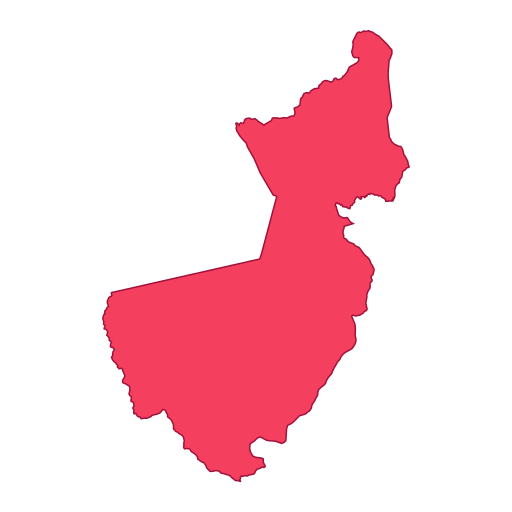 Pontes e Lacerda, Mato Grosso, Brazil (Mercator projection)
{"feature_id": "56859067B31933102266725", "entity_name": "Pontes e Lacerda", "entity_type": "district", "adm_level": 2, "iso_a3": "BRA", "parent_name": "Brazil", "parent_adm1": "Mato Grosso", "projection": "mercator", "projection_center": [-59.418, -15.43], "detail": "fine", "context": "isolated", "style": "filled", "palette": "rose", "viewbox_px": 512, "rotation_deg": 0, "n_neighbors": 0, "source": "geoboundaries", "source_scale": "gbopen_adm2", "svg_char_len": 6065}
<svg xmlns="http://www.w3.org/2000/svg" viewBox="0 0 512 512"><path d="M272.8,117.9L272.1,118.5L271.9,119.6L271.2,120.7L265.1,124.2L264.0,125.3L261.8,123.5L260.2,122.8L259.2,121.8L258.3,121.7L257.6,120.6L254.9,118.6L253.3,119.1L251.6,119.2L249.4,118.1L246.8,118.4L245.6,119.0L244.6,120.0L243.9,122.7L243.1,123.3L240.7,122.8L239.3,124.0L239.2,125.1L237.1,123.0L236.2,123.1L235.8,123.8L236.3,124.7L236.6,126.2L236.1,128.4L237.0,131.3L239.7,135.7L243.2,140.0L245.9,142.7L246.6,144.1L247.4,146.8L254.2,158.8L260.4,173.2L273.0,194.7L273.7,195.3L275.6,195.7L276.7,196.6L261.6,253.4L259.7,259.0L111.4,292.6L111.4,293.7L111.8,295.3L111.1,296.4L109.7,296.9L108.7,297.8L107.3,301.3L107.5,303.6L108.6,306.3L106.9,307.7L105.9,310.0L104.9,310.8L104.7,314.0L104.0,314.5L103.4,315.8L102.8,318.3L103.8,322.1L103.5,324.2L105.2,326.0L104.8,327.2L104.1,328.1L104.3,329.0L105.6,329.1L106.5,329.7L107.4,331.3L107.6,332.4L106.8,335.2L108.7,337.2L109.4,339.2L109.2,340.3L111.5,341.9L111.0,342.9L110.3,346.3L111.1,347.2L112.8,347.5L114.3,349.3L113.9,350.5L113.1,351.5L112.6,353.9L112.8,355.1L112.4,356.1L111.7,356.7L111.5,357.8L112.2,358.3L112.3,359.6L114.3,361.9L115.9,362.9L116.2,364.1L117.8,365.5L117.4,367.0L118.2,367.8L119.0,368.7L120.5,368.6L121.6,368.2L122.6,368.9L122.5,370.2L124.7,375.2L124.7,376.3L123.9,378.4L123.0,379.4L122.6,380.6L122.6,382.0L123.1,382.9L126.2,384.1L127.9,385.4L129.0,385.6L129.7,387.6L129.9,389.7L129.0,394.0L130.0,395.7L131.4,396.8L130.9,400.8L131.3,401.6L132.2,401.6L133.6,402.8L133.9,406.3L133.2,407.0L132.9,408.1L134.0,410.5L133.6,412.8L134.2,413.9L135.3,413.4L136.1,413.9L137.4,416.1L138.3,416.8L140.2,416.9L141.0,418.7L144.6,418.2L146.7,418.3L151.0,416.6L151.6,415.7L152.4,415.3L154.6,414.6L155.7,414.6L159.4,413.2L160.3,412.7L162.9,409.4L165.0,410.1L165.8,410.9L166.1,412.3L167.5,414.5L167.6,416.8L171.1,419.6L173.4,424.5L173.6,427.2L173.4,428.4L173.8,429.3L174.6,429.8L175.6,431.4L177.6,432.2L179.0,433.5L182.3,435.5L183.2,436.6L184.3,440.5L183.8,443.1L183.9,445.9L183.6,446.8L184.0,448.2L184.9,448.9L186.6,448.5L189.2,448.8L190.1,449.5L190.8,451.0L191.7,451.9L195.3,454.2L196.8,455.9L197.4,457.0L197.8,459.2L201.4,461.7L203.8,462.7L205.8,465.3L206.9,468.1L210.1,471.4L212.7,471.3L215.8,470.6L219.2,471.1L220.5,472.7L221.8,473.4L223.8,473.6L226.9,474.7L228.2,474.8L230.4,476.1L232.5,478.4L233.6,478.8L235.1,480.4L236.3,480.7L237.4,480.4L239.4,481.2L240.4,481.3L239.8,479.4L240.5,478.7L240.3,477.7L241.3,476.0L242.5,476.3L245.1,475.7L247.4,476.0L248.6,475.1L253.3,474.2L254.6,473.4L255.5,471.0L257.4,469.1L260.2,468.2L262.0,467.1L262.9,467.0L263.8,467.5L265.0,466.8L265.1,465.8L263.4,462.5L263.2,458.8L261.4,458.0L255.7,457.3L253.2,456.2L252.3,455.4L250.3,451.4L249.7,448.5L250.0,444.4L250.5,443.6L254.6,440.8L257.0,438.3L259.0,437.2L260.0,437.1L261.7,437.6L266.0,440.0L268.1,440.6L273.4,441.0L276.3,441.5L281.6,443.4L283.7,442.6L285.6,441.1L285.9,440.2L286.6,428.9L287.4,425.9L288.0,425.1L290.8,423.9L293.8,421.6L299.3,415.9L305.3,414.0L306.2,413.5L307.4,412.2L309.3,411.1L310.0,410.3L311.3,408.1L312.0,404.9L312.6,403.8L314.7,400.8L315.6,398.6L317.6,395.3L317.9,391.7L318.5,390.0L320.3,388.0L324.2,384.9L325.4,383.5L326.7,380.1L328.2,377.6L331.5,373.8L333.5,369.1L337.6,361.9L339.9,359.3L341.0,356.7L343.3,354.0L345.1,352.5L351.8,348.8L352.6,347.9L354.7,344.7L355.8,341.7L356.0,339.6L355.2,335.6L355.4,328.8L355.2,325.9L354.7,323.6L351.8,316.6L352.0,315.4L353.1,315.2L355.4,316.0L359.9,315.1L363.0,313.2L364.4,311.4L366.3,310.6L367.0,309.6L367.0,308.4L365.8,303.4L366.9,296.9L366.8,294.7L368.1,291.0L369.8,288.5L370.2,286.6L370.0,284.3L370.2,282.9L372.0,281.1L372.1,280.0L371.1,277.8L371.1,276.5L373.1,274.3L374.1,269.8L373.7,268.2L373.0,267.5L372.9,266.4L371.1,263.8L369.6,259.9L368.9,258.9L367.4,257.2L364.5,254.8L359.5,248.0L358.7,247.3L355.2,245.8L353.9,244.0L348.5,241.9L346.1,239.1L344.4,238.5L343.5,236.9L343.8,235.5L343.0,233.4L343.1,230.9L344.1,227.8L344.2,226.3L353.2,223.6L350.6,222.1L349.2,220.5L347.8,218.1L347.1,217.5L344.5,217.9L342.9,217.7L341.3,217.1L338.8,215.3L336.4,208.0L336.4,207.0L335.1,204.9L335.7,204.1L335.8,203.2L336.5,202.7L338.1,203.8L339.0,203.4L340.7,205.2L341.5,204.7L342.3,205.4L342.7,206.6L345.7,207.1L346.5,206.9L347.2,207.8L349.1,208.6L349.9,208.6L350.5,206.0L351.3,205.3L352.4,205.1L352.7,204.0L354.7,202.1L354.4,200.6L356.4,197.4L357.3,196.7L358.9,197.7L359.7,198.7L360.9,199.2L361.6,198.4L361.0,197.7L361.0,196.7L363.9,196.7L364.5,197.5L365.4,197.1L365.4,195.9L366.7,196.2L367.1,195.2L368.5,193.9L369.8,194.5L370.1,193.6L371.0,193.4L374.1,194.5L374.8,195.2L375.6,194.8L376.4,195.1L377.7,195.0L378.4,196.0L380.4,195.7L381.3,196.2L381.6,197.1L384.9,198.9L385.6,200.0L385.7,201.2L387.0,201.4L389.2,201.0L392.7,201.0L392.5,199.8L393.4,199.9L393.7,198.7L393.2,198.0L394.3,198.0L394.9,196.1L394.8,189.9L395.7,186.4L397.1,184.3L399.2,182.8L400.1,179.1L401.8,177.1L402.7,171.6L403.3,170.9L404.9,170.1L406.8,167.8L408.7,167.4L409.2,166.7L408.5,165.3L407.6,160.9L404.8,155.8L404.0,154.9L402.7,149.9L401.5,147.5L400.7,146.4L398.4,146.2L394.0,143.9L391.3,141.3L390.9,139.6L389.4,137.6L387.1,117.6L391.5,106.9L391.5,105.6L388.4,79.5L388.1,73.5L389.1,60.5L390.4,57.8L391.9,53.7L391.9,50.5L391.6,49.5L390.0,48.0L387.4,44.6L378.7,36.0L375.3,34.2L372.6,32.2L369.9,31.4L368.8,30.7L365.6,31.5L364.0,30.9L360.9,32.5L360.0,32.5L359.2,32.0L357.8,32.5L356.8,33.5L353.1,41.0L352.8,42.3L353.2,44.2L352.8,47.4L351.7,51.7L352.7,55.5L353.5,56.9L354.7,57.5L358.7,57.7L358.9,59.7L358.3,61.1L357.0,62.7L349.3,67.1L347.9,70.1L347.8,71.1L344.6,75.2L343.9,75.9L343.0,76.1L342.5,77.4L341.2,78.7L339.0,79.5L337.5,79.7L336.5,78.5L335.7,78.1L334.7,78.4L333.9,79.0L333.1,81.0L331.3,82.2L326.6,80.5L324.6,80.7L322.4,81.9L321.9,83.1L319.0,85.5L318.4,88.3L316.9,88.3L315.9,88.7L314.9,88.5L313.7,89.0L310.4,91.2L310.1,92.2L309.4,93.1L306.8,92.6L304.5,93.3L303.7,94.0L302.4,97.0L300.6,98.8L300.0,104.5L299.6,105.2L297.7,106.9L295.2,107.6L294.3,108.2L294.2,109.1L294.8,111.2L295.0,113.7L293.8,116.0L291.6,116.0L289.3,116.8L288.3,117.5L286.4,118.0L284.3,117.6L279.7,118.4L277.1,117.9L272.8,117.9Z" fill="#f43f5e" stroke="#9f1239" stroke-width="1.5"/></svg>